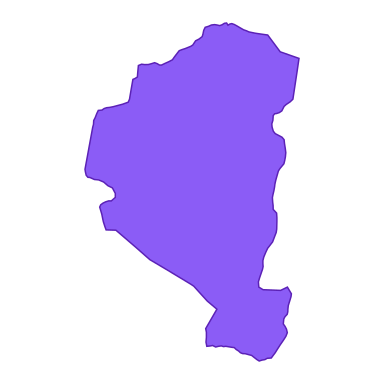 outline of Pedro Laurentino, Piauí, Brazil
{"feature_id": "56859067B37572379149767", "entity_name": "Pedro Laurentino", "entity_type": "district", "adm_level": 2, "iso_a3": "BRA", "parent_name": "Brazil", "parent_adm1": "Piauí", "projection": "equal_earth", "projection_center": [-42.251, -8.091], "detail": "fine", "context": "isolated", "style": "filled", "palette": "violet", "viewbox_px": 384, "rotation_deg": 0, "n_neighbors": 0, "source": "geoboundaries", "source_scale": "gbopen_adm2", "svg_char_len": 2580}
<svg xmlns="http://www.w3.org/2000/svg" viewBox="0 0 384 384"><path d="M154.6,62.7L151.4,63.7L148.5,64.5L144.7,64.6L141.6,64.2L138.4,65.5L137.7,72.8L137.4,77.0L135.0,78.5L132.9,79.4L131.0,90.3L129.5,99.2L128.2,102.2L122.6,104.2L113.2,106.7L109.6,107.4L106.7,107.7L104.2,108.5L101.9,110.1L98.3,110.4L96.8,113.5L95.2,117.6L93.7,120.5L93.5,124.3L92.7,127.3L85.0,169.3L85.4,171.9L86.2,175.3L87.9,177.3L89.9,177.5L94.4,179.5L98.6,179.9L103.6,182.0L107.9,185.7L112.4,187.9L115.3,193.4L115.3,197.4L111.3,200.9L108.6,200.9L105.7,201.8L103.0,203.1L100.7,204.8L99.7,207.1L101.8,214.2L102.8,219.2L103.4,221.9L104.9,226.6L106.1,229.9L115.9,230.2L130.8,243.0L135.7,247.2L145.9,256.2L149.9,259.7L164.1,268.1L190.8,284.2L193.8,286.2L200.3,293.4L207.3,301.1L216.9,309.2L205.7,328.6L206.4,332.3L206.4,337.2L206.0,342.1L206.8,346.3L210.0,346.0L212.6,345.5L215.7,347.0L218.5,346.3L221.3,345.9L223.5,346.6L225.8,346.3L228.8,346.8L231.8,347.3L234.3,347.6L236.2,349.5L238.6,351.0L240.4,352.7L242.6,353.6L245.2,353.7L249.2,354.8L251.6,355.4L254.5,357.7L256.8,359.5L259.2,361.0L262.0,360.1L264.9,359.6L267.2,358.3L271.3,358.0L273.2,355.4L275.1,352.9L277.6,348.9L280.3,344.7L282.4,341.7L284.2,339.0L285.9,336.3L287.3,332.7L286.5,329.2L285.1,326.5L283.3,323.9L283.8,318.9L285.0,316.7L287.2,314.3L287.8,311.8L287.9,309.1L288.3,305.5L289.8,300.7L291.0,296.7L291.4,293.8L287.4,287.1L280.6,290.4L263.1,289.7L258.8,287.1L258.4,281.9L259.7,277.5L260.7,274.6L262.5,269.3L263.1,266.5L262.9,263.8L262.9,260.6L263.8,257.0L265.8,252.2L267.7,248.2L269.3,246.2L272.6,241.9L275.1,235.3L276.2,232.5L276.7,229.2L276.9,221.2L276.9,217.7L276.6,213.1L273.2,209.4L273.1,205.5L272.7,202.2L272.4,197.6L273.0,194.5L273.9,190.7L274.6,186.8L274.9,184.2L275.8,180.1L277.5,174.1L278.4,171.0L279.9,168.6L282.4,165.6L283.9,163.8L284.7,160.6L285.4,156.9L285.8,152.7L285.3,148.6L284.5,143.5L284.1,139.7L282.0,137.2L275.2,133.6L273.3,131.2L272.1,127.1L271.8,123.9L272.9,120.3L273.2,115.6L274.6,113.8L276.6,113.5L279.3,112.6L281.8,110.9L284.1,106.4L286.2,104.5L290.2,101.8L292.9,99.2L297.1,71.4L299.0,58.4L280.2,51.8L267.7,35.0L259.2,33.8L255.2,33.2L248.9,31.9L246.5,30.8L243.6,29.8L241.7,28.7L239.6,27.5L236.9,25.9L234.3,24.5L231.8,23.6L229.9,24.0L228.0,25.2L226.6,23.0L224.4,23.3L222.0,24.8L219.7,25.6L217.1,25.0L214.6,24.6L211.4,25.0L208.5,26.3L205.2,27.3L203.7,30.4L203.0,33.9L202.2,36.6L199.1,39.0L195.6,40.8L192.8,45.0L190.8,46.3L188.1,47.4L185.1,48.6L182.0,49.6L179.2,50.7L176.1,54.7L174.3,57.1L172.4,59.8L168.8,61.7L165.2,63.3L161.4,65.1L159.4,65.0L157.3,63.7L154.6,62.7Z" fill="#8b5cf6" stroke="#5b21b6" stroke-width="1.5"/></svg>